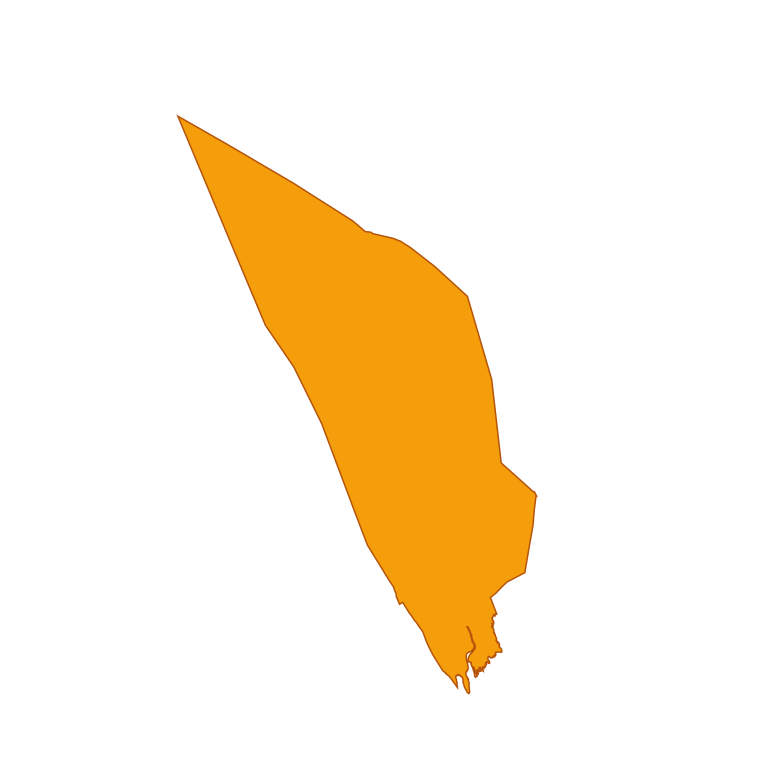 the district of Verdal nor, Nord-Trøndelag, Norway, rotated 251°
{"feature_id": "86288312B89960362745418", "entity_name": "Verdal nor", "entity_type": "district", "adm_level": 2, "iso_a3": "NOR", "parent_name": "Norway", "parent_adm1": "Nord-Trøndelag", "projection": "equal_earth", "projection_center": [11.503, 63.784], "detail": "fine", "context": "isolated", "style": "filled", "palette": "amber", "viewbox_px": 768, "rotation_deg": 251, "n_neighbors": 0, "source": "geoboundaries", "source_scale": "gbopen_adm2", "svg_char_len": 5626}
<svg xmlns="http://www.w3.org/2000/svg" viewBox="0 0 768 768"><g transform="rotate(251 384 384)"><path d="M439.7,491.4L478.3,470.4L504.4,453.4L511.1,448.0L513.3,446.4L518.6,440.2L529.6,422.7L531.9,420.8L534.2,415.9L548.4,407.5L603.6,363.5L662.2,313.3L704.3,276.3L575.2,284.6L478.1,291.0L429.3,304.3L366.6,312.2L273.2,314.7L237.0,315.9L196.8,324.9L188.7,327.0L186.2,326.8L181.9,327.1L179.9,326.8L179.1,326.4L177.4,326.6L174.3,326.7L170.7,327.0L171.4,330.6L158.6,333.5L156.5,334.4L150.0,336.0L149.3,336.5L147.5,337.1L144.2,337.9L137.8,339.8L136.4,340.1L126.9,340.2L121.6,340.7L112.1,342.0L94.1,346.1L90.4,348.3L90.2,348.1L86.0,350.7L80.9,352.3L79.7,352.5L77.2,353.4L73.1,354.6L74.0,354.9L74.7,354.9L74.8,355.0L74.7,355.1L75.3,354.9L78.1,355.9L78.9,355.8L81.1,356.2L83.2,356.2L83.5,356.4L84.2,356.6L84.5,357.0L84.4,357.2L84.7,357.5L84.5,357.9L84.8,358.0L84.6,358.3L84.8,358.5L84.5,359.2L84.8,359.4L84.6,359.5L84.6,359.9L84.3,360.1L84.5,360.3L84.1,360.5L84.1,360.9L83.1,361.2L83.2,361.4L83.0,361.6L82.3,361.9L81.8,362.0L81.7,362.2L80.4,362.5L79.3,362.6L76.5,361.7L70.8,361.4L70.6,361.4L70.4,360.9L70.5,361.4L70.3,361.5L68.8,361.8L67.9,362.1L65.2,362.3L65.1,362.6L64.3,362.9L63.7,363.5L64.3,364.3L65.5,364.9L66.9,365.2L67.8,365.3L68.5,365.6L69.0,365.6L69.6,365.9L71.7,366.3L72.7,366.9L73.7,367.1L74.1,367.3L75.6,367.2L77.3,367.2L77.8,367.3L78.0,367.5L77.9,367.7L78.0,367.7L78.2,367.4L79.6,367.3L81.4,366.8L83.5,367.0L84.2,367.3L85.2,368.2L85.3,368.4L85.8,368.9L85.6,369.0L86.1,369.3L86.5,369.7L86.4,370.0L86.9,370.3L87.3,370.9L88.7,371.3L92.7,372.0L94.6,372.0L96.4,372.3L98.8,372.8L101.3,373.8L102.5,374.8L102.7,377.0L102.9,377.6L102.7,379.3L103.5,380.6L103.7,380.8L104.5,382.6L104.9,383.1L106.8,383.9L109.4,384.2L111.4,383.5L119.9,384.3L124.4,384.0L127.5,383.4L127.4,384.0L125.2,384.6L123.2,384.8L118.2,384.8L118.3,385.0L119.3,385.0L118.3,385.0L118.8,385.2L118.7,385.3L117.1,384.7L114.4,384.4L111.5,384.4L109.6,384.7L107.9,384.9L109.3,385.2L109.2,385.2L105.3,384.6L105.0,385.1L105.1,384.6L104.8,384.4L104.4,384.2L104.2,383.6L103.6,383.1L103.4,382.5L102.5,381.7L101.6,379.9L101.1,379.3L100.8,378.3L99.7,376.7L98.0,375.0L96.1,373.9L95.1,373.6L94.9,373.4L94.4,373.2L94.0,373.4L92.9,374.9L92.7,375.1L92.3,375.1L92.8,375.2L92.0,375.9L91.6,376.3L91.8,375.8L90.5,375.3L90.6,375.1L90.1,375.2L88.4,375.1L87.7,375.4L87.7,376.2L87.1,376.4L86.8,376.5L86.4,376.8L83.0,376.8L82.8,376.6L82.2,376.3L81.1,376.1L80.8,376.2L80.7,376.8L79.3,376.9L79.0,376.7L77.5,376.7L77.1,375.0L78.1,374.7L81.0,375.4L83.5,375.4L84.5,375.3L85.4,375.5L86.1,375.3L86.6,375.4L86.9,375.4L86.1,375.2L85.4,375.5L84.5,375.3L81.2,375.3L78.3,374.6L78.8,374.4L77.0,375.0L77.3,376.8L79.0,376.8L79.7,377.4L82.5,377.4L82.6,377.5L82.4,377.7L82.4,378.0L82.6,378.0L82.6,378.7L82.4,378.8L79.4,378.9L78.9,378.1L78.7,378.0L79.1,378.9L81.2,378.9L82.2,379.4L82.2,379.5L83.6,379.5L83.6,380.0L82.2,380.0L81.1,380.3L81.0,383.0L80.9,383.3L81.0,383.3L81.1,383.1L81.2,382.0L81.4,381.8L84.5,381.7L84.9,381.8L84.9,383.0L85.1,383.0L83.6,383.1L82.9,383.2L82.8,383.6L80.7,384.5L83.6,384.8L84.2,385.1L84.4,385.7L84.2,386.0L83.5,385.9L83.4,385.8L83.7,385.6L83.1,386.0L84.3,386.1L84.2,386.4L83.8,386.8L83.8,387.2L83.5,387.4L83.4,387.6L83.9,387.7L84.6,387.6L83.9,387.8L83.5,387.7L84.2,387.8L85.2,388.3L85.4,388.4L85.3,388.6L85.5,388.6L85.4,388.8L85.5,388.9L86.4,389.2L86.2,388.9L86.5,388.9L87.2,389.2L87.3,389.3L87.1,389.4L87.4,389.5L87.0,389.5L87.0,389.4L86.6,389.2L86.3,389.2L85.7,389.1L85.7,389.4L85.4,389.4L86.0,390.0L87.6,390.6L88.0,391.0L87.7,391.5L85.7,392.2L85.5,392.6L85.6,393.0L86.1,393.2L88.0,393.4L89.2,392.7L90.2,392.6L91.2,393.0L92.4,394.0L92.4,394.3L91.9,394.8L91.0,395.1L90.8,395.4L90.7,395.8L90.3,395.9L90.4,396.1L90.1,396.3L90.2,396.8L90.0,397.1L90.2,397.3L90.1,397.5L90.3,397.6L90.2,397.9L90.5,398.2L90.3,398.5L90.6,398.7L90.1,398.8L90.0,399.4L90.5,399.8L91.0,399.8L91.2,400.0L91.1,400.3L90.6,400.6L90.7,400.8L91.3,400.8L91.7,400.5L92.1,400.8L92.1,401.2L91.4,401.3L91.4,401.5L94.0,402.0L93.7,402.8L93.5,404.6L92.2,407.5L92.1,407.8L92.8,408.4L95.0,408.8L96.1,408.4L97.8,407.4L98.5,407.6L98.4,407.8L98.9,408.1L99.4,407.9L100.5,408.4L101.3,408.2L101.5,408.3L101.8,408.1L101.5,407.9L102.1,407.8L101.9,408.0L102.3,407.9L102.3,407.6L102.7,407.6L102.6,407.4L102.8,407.3L103.0,407.5L103.1,407.3L103.4,407.2L103.2,407.0L103.8,407.1L104.1,406.8L104.3,407.0L104.6,406.8L104.2,406.7L104.3,406.6L104.8,406.6L105.1,406.5L105.3,406.6L105.4,406.8L105.0,406.8L104.9,407.0L106.7,407.5L108.2,407.4L108.3,407.2L108.5,407.2L110.8,407.5L112.2,407.3L112.1,407.1L113.1,407.3L113.3,407.1L113.1,407.0L113.5,406.8L113.7,407.0L114.2,407.1L114.5,407.4L115.8,407.8L116.6,407.6L117.1,407.6L117.6,407.3L118.1,407.4L118.3,407.3L118.1,407.2L118.4,407.2L118.6,407.0L120.0,406.9L120.2,407.1L119.6,407.7L120.3,407.6L120.4,407.8L121.2,407.9L120.8,408.0L120.9,408.4L121.4,408.3L121.6,408.5L122.2,408.3L122.0,408.6L122.1,408.8L120.8,408.9L122.5,410.0L123.4,410.3L123.8,410.2L124.2,410.3L124.4,410.2L124.4,409.9L124.5,409.8L124.6,410.0L125.3,409.8L125.8,409.9L126.4,409.7L126.9,409.7L126.8,410.0L127.3,410.0L127.7,410.0L127.6,410.3L128.2,411.0L129.0,411.2L128.5,411.3L128.9,411.7L129.4,412.0L129.4,412.5L130.1,412.7L130.1,412.9L129.7,412.9L129.0,412.9L128.9,413.0L129.1,413.1L128.6,413.4L129.7,414.1L129.7,414.7L129.9,414.7L130.1,414.9L130.4,414.8L130.4,415.3L130.0,415.5L129.9,415.7L147.5,415.1L150.0,422.1L153.1,427.9L156.8,436.0L159.8,455.8L177.3,465.3L202.3,479.1L212.0,483.3L216.7,485.4L229.0,491.5L228.8,491.7L231.3,491.4L231.8,491.1L232.7,491.2L232.8,490.9L233.5,490.7L233.8,489.8L234.5,489.3L235.3,488.9L235.6,488.9L271.2,469.1L353.3,487.3L439.7,491.4Z" fill="#f59e0b" stroke="#b45309" stroke-width="1.5"/></g></svg>